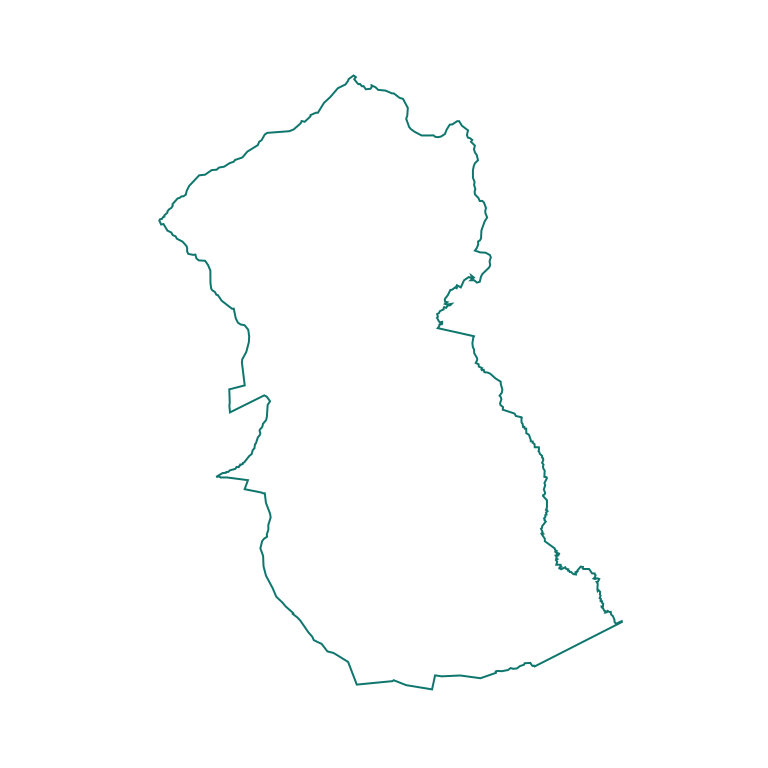 outline of Sacaseni, Satu Mare, Romania, rotated 170°
{"feature_id": "2599482B48586457316120", "entity_name": "Sacaseni", "entity_type": "district", "adm_level": 2, "iso_a3": "ROU", "parent_name": "Romania", "parent_adm1": "Satu Mare", "projection": "equal_earth", "projection_center": [22.68, 47.446], "detail": "fine", "context": "isolated", "style": "outline", "palette": "teal", "viewbox_px": 768, "rotation_deg": 170, "n_neighbors": 0, "source": "geoboundaries", "source_scale": "gbopen_adm2", "svg_char_len": 6141}
<svg xmlns="http://www.w3.org/2000/svg" viewBox="0 0 768 768"><g transform="rotate(170 384 384)"><path d="M566.3,567.4L563.6,565.6L562.7,563.0L557.7,559.2L554.5,554.1L554.3,551.6L554.9,548.7L554.1,546.1L549.5,544.3L547.3,544.2L546.9,540.2L544.9,537.9L538.8,536.4L536.6,531.6L535.3,525.9L537.4,513.4L537.6,507.8L536.8,506.0L534.6,504.1L533.6,501.0L532.2,500.4L529.4,494.2L520.5,484.4L518.9,484.3L518.6,474.5L517.2,469.7L514.8,467.5L511.1,466.1L508.3,461.0L508.5,454.4L509.8,448.7L514.1,439.4L519.3,432.9L520.2,429.8L521.4,406.8L537.3,405.6L539.2,392.1L540.0,389.9L540.6,382.8L503.9,393.6L501.6,391.8L499.2,386.8L502.2,383.6L505.0,372.2L506.3,369.0L510.0,365.9L511.4,362.8L514.2,360.6L514.7,359.3L514.3,357.1L515.5,354.9L517.4,353.5L520.5,347.7L521.5,347.1L522.8,343.1L524.7,341.8L526.5,338.0L529.2,336.5L535.2,331.1L536.6,330.8L537.1,329.7L539.5,329.6L539.4,328.9L540.8,328.5L541.5,327.3L543.6,327.9L545.2,326.2L550.5,325.8L552.9,324.4L554.6,324.7L555.2,324.0L558.5,324.3L565.4,321.7L562.1,321.4L561.2,320.3L554.7,319.2L534.7,312.9L539.5,304.6L523.3,298.3L522.3,297.4L520.4,297.1L520.9,287.5L518.7,275.9L518.8,272.3L522.4,265.3L523.2,260.5L525.5,256.3L525.7,253.9L529.1,252.4L531.3,250.4L534.3,243.6L532.9,235.7L534.3,225.4L533.5,215.7L529.1,202.2L527.0,193.2L521.9,186.3L519.6,182.2L513.1,174.0L513.8,173.4L509.9,169.2L507.4,165.3L501.5,152.4L498.6,147.7L497.6,143.9L490.5,138.8L486.2,130.5L480.4,127.9L467.6,116.5L463.0,92.7L427.2,89.9L425.9,90.6L414.5,83.6L389.7,74.9L384.3,88.2L378.0,86.1L359.5,83.7L340.1,77.5L323.9,80.1L323.9,81.5L322.6,81.8L317.6,80.7L311.5,80.8L308.6,82.3L306.3,81.1L302.5,80.8L299.1,82.6L295.0,83.2L293.9,84.6L288.3,83.9L287.1,81.1L286.3,80.4L285.2,80.6L284.7,79.7L191.1,108.3L191.1,109.2L197.2,107.6L198.3,109.7L198.0,111.9L198.9,115.7L200.3,117.5L200.3,120.2L201.5,120.2L203.1,121.7L204.2,120.5L205.7,120.5L204.9,121.5L206.5,122.4L207.2,125.0L208.4,126.3L208.4,127.2L207.0,127.0L206.3,129.6L207.2,130.6L207.1,131.7L208.0,132.2L207.6,132.7L208.3,133.0L207.7,134.6L208.8,135.6L207.5,137.8L207.9,139.5L207.2,141.7L208.5,143.7L209.5,143.0L209.5,145.0L208.2,150.1L209.0,152.2L207.5,152.3L205.9,154.6L207.9,155.7L210.1,155.3L211.3,156.0L209.9,156.8L208.8,159.1L209.4,159.7L209.4,160.8L212.0,161.4L214.2,166.2L219.8,167.2L220.4,167.9L219.9,169.3L222.0,170.0L225.9,166.8L225.8,166.0L227.9,165.4L227.3,164.7L228.1,164.2L228.1,163.1L230.5,163.9L232.5,166.5L233.8,166.7L234.1,167.8L235.2,168.3L234.7,169.5L236.7,170.3L237.3,172.0L241.7,170.8L243.4,172.1L243.0,172.9L241.1,173.3L241.7,174.4L241.5,175.3L245.7,176.1L244.3,178.9L245.2,180.7L243.7,181.4L244.7,182.1L244.0,183.4L244.7,185.1L242.1,184.9L241.0,186.5L241.6,187.0L243.4,186.5L243.1,187.8L243.7,188.3L243.1,189.3L244.3,189.4L243.8,190.4L244.4,191.1L244.4,192.4L252.9,201.2L252.5,203.7L254.6,208.4L253.5,208.7L254.7,209.5L253.5,210.4L254.5,214.2L253.6,214.6L252.7,216.8L248.6,220.4L249.6,222.2L249.2,222.8L249.7,223.9L248.2,225.1L247.9,226.9L246.6,227.2L246.8,229.3L245.0,230.3L245.3,231.4L246.3,231.9L245.0,234.0L243.7,241.2L246.8,246.0L246.7,246.8L245.2,247.3L244.2,248.7L244.9,252.4L242.8,256.4L243.2,258.6L239.9,263.0L240.2,264.0L242.2,264.7L240.8,270.9L241.8,273.1L241.8,275.0L240.9,276.8L242.0,278.9L240.5,281.0L240.2,283.2L241.1,284.0L240.8,285.8L242.7,288.2L242.8,289.9L243.5,291.0L242.7,292.6L242.5,294.8L246.5,295.5L246.2,298.7L247.8,300.3L247.5,301.5L249.4,302.1L249.2,303.8L250.1,308.9L252.4,310.8L251.7,315.3L253.2,315.6L253.2,317.4L254.5,317.5L254.4,320.7L255.2,322.1L254.7,326.0L254.1,326.8L254.4,327.4L259.7,329.6L260.4,331.9L261.4,332.7L271.5,338.1L270.8,340.6L272.9,343.0L273.1,344.7L271.0,348.7L271.4,351.3L272.2,352.4L269.5,355.0L268.4,357.9L269.0,363.8L268.7,366.0L273.2,370.1L277.6,375.7L280.0,377.3L283.1,378.2L283.3,380.6L285.2,380.6L285.5,381.5L284.6,382.6L287.6,384.7L287.4,387.0L290.0,388.8L288.0,391.5L287.8,393.2L289.8,398.7L289.3,402.4L290.1,404.7L289.9,408.7L288.1,414.0L287.1,415.4L321.4,429.7L319.6,431.3L319.1,432.7L315.7,433.0L317.3,433.5L316.1,433.9L315.9,435.1L318.3,435.0L319.0,436.1L320.3,440.0L319.3,440.8L319.5,443.7L317.7,444.2L316.2,446.1L312.3,447.1L312.3,448.1L311.4,449.3L309.6,448.2L307.7,450.2L305.2,450.0L303.5,451.2L308.2,451.3L310.0,452.3L307.5,453.6L309.6,454.5L309.6,456.1L308.9,457.6L305.8,460.3L302.3,465.1L300.7,465.0L297.3,466.7L295.8,465.7L295.5,466.2L296.3,467.0L295.1,468.6L291.6,465.8L287.2,472.2L281.9,474.6L279.5,473.0L279.0,474.0L279.2,475.7L277.0,473.2L280.5,471.1L277.2,470.5L274.8,467.7L271.9,468.1L269.9,472.8L268.1,475.2L260.2,480.5L258.8,482.6L258.7,486.5L256.8,490.2L257.3,492.6L261.2,495.7L266.4,496.9L271.3,499.6L269.0,501.8L267.0,505.1L266.6,508.0L264.8,508.6L263.2,510.4L261.4,518.3L256.6,526.7L253.5,530.1L254.5,534.7L254.2,537.0L253.0,539.6L254.1,545.5L255.4,547.2L257.9,547.6L258.8,551.0L261.5,554.9L261.3,558.0L260.2,559.9L260.7,564.6L259.7,567.2L260.6,571.6L259.3,579.1L257.6,583.4L255.9,585.8L252.6,588.0L252.9,593.4L254.1,595.9L254.7,599.4L253.1,603.0L256.3,607.4L254.7,609.0L256.4,611.0L258.6,612.1L259.1,614.8L257.2,619.2L262.4,624.8L264.4,629.8L266.4,630.1L271.6,627.8L274.2,628.0L278.0,623.8L280.6,619.6L284.9,617.8L288.2,617.7L290.7,618.6L292.0,620.2L303.8,622.2L310.0,627.0L313.3,630.4L314.6,632.7L316.1,641.3L314.5,644.2L312.6,651.8L315.8,661.5L319.1,663.2L323.8,668.4L325.8,668.9L331.6,672.7L338.7,674.7L340.8,677.7L344.4,680.3L344.6,678.5L346.0,677.1L350.7,677.4L352.4,680.9L354.1,681.1L355.6,683.7L357.1,683.7L357.9,684.7L360.4,689.3L358.4,691.1L360.4,693.1L365.9,690.4L366.7,688.9L369.9,685.7L378.1,683.3L387.1,675.9L394.3,671.3L402.0,662.6L403.8,663.0L409.7,661.6L410.0,660.3L416.6,656.0L419.4,657.3L420.8,655.2L428.7,650.4L433.3,649.4L455.5,651.6L458.2,650.3L462.2,645.4L464.9,644.2L466.7,641.2L478.2,636.6L484.1,631.7L491.8,630.5L493.4,629.0L497.8,628.3L503.6,625.8L508.9,625.8L511.6,624.1L516.5,624.6L523.9,621.2L529.8,621.6L541.5,612.9L544.8,608.4L546.3,604.9L548.8,603.7L551.0,603.9L553.1,602.7L555.0,602.6L561.1,597.8L561.1,596.3L562.8,594.4L565.5,593.2L567.3,591.6L567.6,590.3L571.1,588.2L571.2,586.9L572.8,586.6L574.0,585.2L576.0,585.1L576.9,584.0L575.8,579.8L573.4,579.8L570.6,572.6L567.1,570.1L566.3,567.4Z" fill="none" stroke="#0f766e" stroke-width="2"/></g></svg>